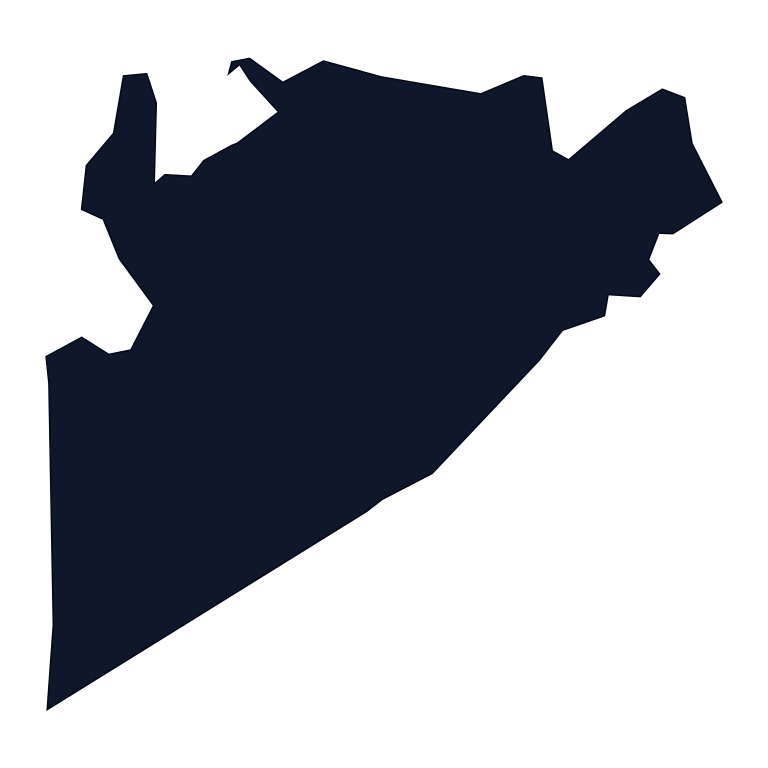 outline of Prince George, Virginia, United States of America
{"feature_id": "52423323B90517976526133", "entity_name": "Prince George", "entity_type": "district", "adm_level": 2, "iso_a3": "USA", "parent_name": "United States of America", "parent_adm1": "Virginia", "projection": "mercator", "projection_center": [-77.216, 37.157], "detail": "fine", "context": "isolated", "style": "filled", "palette": "ink", "viewbox_px": 768, "rotation_deg": 0, "n_neighbors": 0, "source": "geoboundaries", "source_scale": "gbopen_adm2", "svg_char_len": 757}
<svg xmlns="http://www.w3.org/2000/svg" viewBox="0 0 768 768"><path d="M46.1,356.6L48.9,383.4L53.3,624.9L47.2,709.6L366.8,511.3L382.1,499.4L432.2,473.4L539.3,360.1L562.4,330.3L604.5,315.7L608.1,294.6L640.2,296.6L659.6,274.0L648.5,259.7L658.8,233.2L672.8,233.7L721.9,202.2L692.0,143.5L684.6,97.7L662.3,89.2L626.4,110.7L568.6,159.9L552.3,150.9L541.8,78.0L523.7,75.8L480.8,93.9L381.3,76.9L323.5,61.0L282.8,82.4L249.6,58.4L231.8,61.8L228.5,73.8L239.6,64.5L250.4,81.0L278.6,112.0L237.3,143.2L231.1,145.7L203.8,160.6L191.5,176.2L165.0,174.7L154.2,184.0L156.3,103.0L146.7,73.7L123.5,75.9L113.6,133.3L86.4,165.5L81.6,209.4L103.2,219.2L119.3,258.8L153.6,305.6L130.8,350.0L108.7,354.4L81.7,337.3L46.1,356.6Z" fill="#0f172a" stroke="#020617" stroke-width="1.5"/></svg>